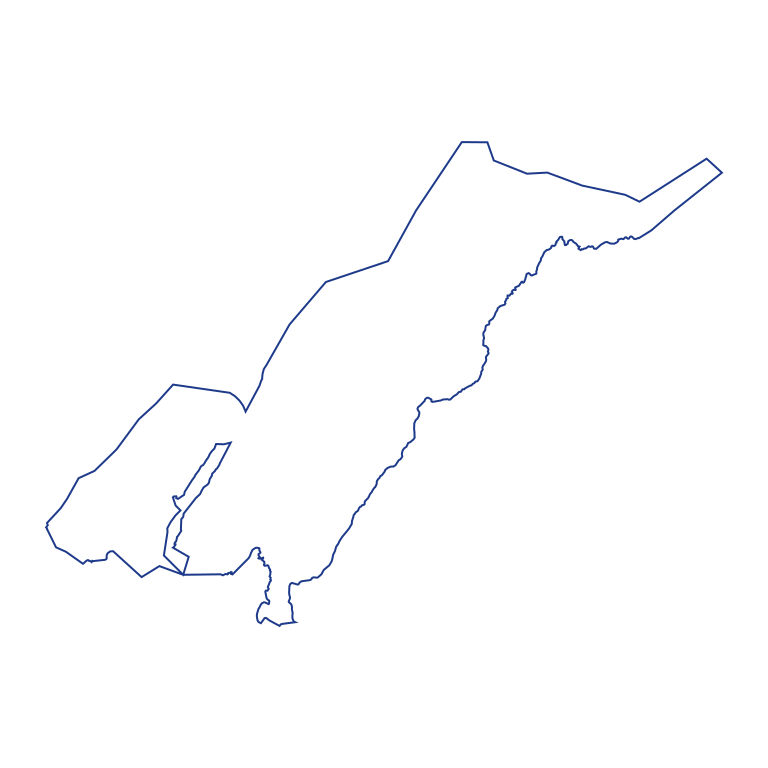 the district of Bláskógabyggð, Suðurland, Iceland
{"feature_id": "244011B85102906551816", "entity_name": "Bláskógabyggð", "entity_type": "district", "adm_level": 2, "iso_a3": "ISL", "parent_name": "Iceland", "parent_adm1": "Suðurland", "projection": "albers", "projection_center": [-20.271, 64.468], "detail": "fine", "context": "isolated", "style": "outline", "palette": "blue", "viewbox_px": 768, "rotation_deg": 0, "n_neighbors": 0, "source": "geoboundaries", "source_scale": "gbopen_adm2", "svg_char_len": 6105}
<svg xmlns="http://www.w3.org/2000/svg" viewBox="0 0 768 768"><path d="M47.5,530.0L56.0,547.3L66.0,551.8L83.0,563.8L86.5,560.7L87.8,560.1L88.4,560.2L89.0,560.9L90.0,560.9L91.6,562.1L92.3,560.8L93.1,561.1L105.1,559.8L106.4,559.0L106.7,558.3L106.6,556.1L106.8,555.0L107.7,553.2L110.2,551.4L113.1,551.2L141.6,577.1L159.4,566.1L183.2,574.8L220.6,574.3L222.9,575.3L225.6,573.9L227.3,574.4L228.0,574.0L228.1,573.3L228.3,573.0L230.6,572.7L231.0,572.0L231.5,572.2L231.3,572.9L231.7,573.1L231.3,574.0L232.5,574.4L248.8,558.0L250.0,555.8L251.0,553.0L252.5,549.9L255.3,548.0L256.5,547.7L259.0,548.1L259.4,548.5L259.3,549.1L259.4,550.5L260.4,552.2L260.3,552.9L258.5,554.2L258.5,555.2L259.8,557.2L258.5,558.2L259.0,558.6L260.2,558.7L263.1,557.7L263.2,558.2L262.0,559.9L264.3,561.8L264.4,563.6L264.0,564.4L264.1,565.3L264.8,565.8L267.5,565.3L268.3,565.7L269.2,568.4L270.1,569.6L269.9,570.7L270.7,571.7L270.4,572.5L270.3,574.4L269.6,576.5L270.7,577.7L270.3,579.4L271.0,580.2L270.6,581.1L269.6,582.3L269.2,583.8L267.9,586.8L267.9,587.4L268.7,588.9L267.5,590.7L265.8,590.7L265.3,591.8L266.6,598.1L267.4,599.4L269.1,600.6L269.3,601.1L269.0,603.7L268.5,604.1L265.3,602.5L263.9,602.3L261.9,603.3L260.6,605.0L259.4,607.6L258.5,608.8L257.0,613.9L256.8,616.0L257.5,620.2L258.5,622.0L260.9,623.2L264.6,618.1L266.1,617.9L269.5,620.5L279.5,625.9L280.9,624.3L282.3,623.9L295.2,622.2L293.8,621.5L292.6,618.9L292.4,617.8L292.4,615.1L292.7,613.1L291.9,609.3L292.0,606.9L291.5,604.9L290.9,603.9L289.0,602.3L288.7,601.5L290.0,598.3L290.0,597.3L289.3,594.7L289.1,592.7L289.4,586.2L290.2,584.1L291.8,582.9L297.9,584.6L298.6,584.2L299.6,582.5L301.5,581.3L310.0,580.1L311.3,579.3L312.2,577.9L313.6,577.3L316.7,577.7L317.9,577.4L321.5,574.2L323.7,570.0L329.3,565.3L331.5,561.6L332.2,559.5L333.2,554.7L335.0,551.0L336.0,547.2L337.1,545.2L337.8,544.6L339.6,540.9L342.1,537.0L349.0,528.6L351.8,523.8L352.0,520.9L353.2,517.4L353.5,515.9L353.8,514.9L355.1,513.5L355.5,512.5L358.0,510.7L358.9,508.4L360.1,506.8L360.9,506.6L362.2,505.2L363.9,504.8L364.6,504.1L364.7,501.9L365.0,501.2L368.3,497.8L370.1,494.0L371.7,492.1L373.0,489.6L374.7,487.4L375.2,487.2L376.7,484.0L376.7,482.4L377.0,480.9L378.3,478.9L379.4,478.1L380.0,476.5L382.2,474.9L384.7,471.5L385.2,470.0L387.6,467.9L390.9,466.6L393.6,466.5L395.6,465.1L398.6,460.4L400.5,459.2L402.0,457.1L402.3,456.4L401.9,454.6L402.0,453.0L402.6,450.6L403.2,449.6L404.3,448.2L406.4,446.8L408.2,443.0L410.3,442.1L413.4,439.5L414.4,438.2L414.7,437.1L414.5,436.1L414.5,432.3L414.1,429.3L414.3,423.3L415.5,420.6L416.4,419.4L417.3,418.8L418.8,416.1L419.3,413.7L419.3,412.3L417.7,409.6L417.5,408.6L418.2,407.0L419.9,405.8L424.6,400.9L425.1,399.3L426.7,397.9L428.1,397.7L431.3,399.4L431.5,400.0L431.4,401.4L432.7,401.9L440.7,400.5L443.0,399.5L447.7,399.2L448.9,399.7L450.3,399.5L453.6,396.3L456.9,394.3L458.8,392.1L460.9,391.7L462.4,389.4L464.4,389.2L464.7,388.6L467.0,387.3L470.2,385.6L471.4,385.4L472.8,383.8L474.3,383.2L475.3,381.7L477.5,381.2L479.4,378.4L481.2,373.6L481.3,371.7L482.7,369.7L482.4,367.3L483.2,365.4L484.2,364.2L486.1,360.9L486.2,359.4L485.9,357.2L486.0,356.8L488.5,353.6L488.5,352.8L487.9,351.6L488.3,350.2L488.3,349.3L488.2,348.6L485.9,346.0L484.3,345.8L483.2,345.0L483.4,343.1L483.4,340.3L484.1,338.1L483.3,334.8L483.3,334.0L483.7,332.2L485.1,330.4L485.8,326.0L487.1,325.0L488.9,324.5L489.3,323.5L489.2,321.6L489.4,321.1L492.8,318.6L494.5,315.8L495.7,312.5L497.2,310.4L497.7,308.3L500.4,306.0L504.6,304.7L505.4,303.6L505.0,301.9L506.2,299.9L506.3,299.0L507.8,298.1L507.5,296.7L507.6,295.5L509.6,295.6L510.8,293.8L512.4,293.8L512.7,293.2L511.9,291.7L512.4,290.6L513.7,289.8L515.5,290.0L515.7,289.6L515.1,287.9L515.3,287.4L518.9,285.8L521.5,281.9L522.0,281.7L523.1,282.7L524.0,282.2L525.3,279.2L525.7,277.3L526.1,276.6L526.4,274.5L526.8,273.9L528.6,273.1L529.9,273.9L530.8,275.2L531.8,275.5L536.2,273.7L536.4,273.1L536.3,271.5L537.0,269.4L537.2,267.4L539.3,262.9L540.5,261.1L540.9,260.0L541.0,258.4L542.3,256.6L544.3,252.2L546.8,250.0L548.6,249.7L550.4,248.5L551.3,247.6L551.3,246.7L551.7,246.0L552.5,245.6L553.9,246.1L555.3,245.2L555.8,243.2L556.6,242.5L556.4,241.6L558.1,240.0L559.8,237.1L560.6,236.8L562.0,236.8L562.3,237.2L562.4,239.1L564.3,241.3L564.3,242.2L564.6,242.9L564.7,244.5L564.9,245.0L566.0,245.1L567.7,243.7L568.3,241.2L570.0,240.1L571.7,240.0L572.3,240.4L573.4,241.9L576.3,243.8L578.0,246.2L579.5,246.6L578.5,248.2L578.5,248.7L580.7,250.1L581.7,249.2L582.8,249.4L584.1,248.5L585.8,248.4L588.6,246.3L590.6,246.9L592.2,246.3L593.1,246.8L594.0,248.6L596.3,248.8L600.9,244.7L605.0,242.3L607.1,242.0L610.3,243.5L614.2,243.7L617.2,242.2L618.3,240.7L618.2,239.7L618.4,239.5L621.4,238.7L623.5,239.1L625.1,237.5L626.0,237.2L628.0,238.8L628.9,238.6L630.3,236.6L630.9,236.4L632.2,236.9L634.1,238.9L635.6,239.1L638.2,238.0L638.8,238.2L651.3,230.4L674.2,210.6L721.9,172.7L706.6,158.7L639.5,201.7L625.2,194.8L582.2,185.6L547.3,172.6L527.0,173.7L493.8,160.5L487.4,142.3L461.8,142.1L416.1,210.4L388.1,261.1L325.9,282.0L289.6,324.4L266.5,365.0L263.8,369.1L262.5,374.2L262.1,379.1L261.2,380.7L259.4,385.9L245.6,411.6L243.1,405.7L239.5,400.6L235.0,396.2L229.8,392.8L173.1,384.6L156.1,403.5L138.8,419.3L116.7,449.2L112.5,453.4L94.5,470.9L78.6,478.2L67.1,498.8L60.7,508.2L47.0,523.0L47.8,525.2L46.1,527.4L46.9,528.3L47.2,529.0L47.1,529.6L47.5,530.0ZM183.2,574.8L163.9,555.5L167.5,532.0L167.3,528.3L170.6,522.1L175.5,515.4L180.5,510.4L175.6,505.5L172.9,497.3L173.6,496.5L176.3,496.3L176.5,496.7L176.3,498.2L178.0,498.9L184.1,494.8L184.7,491.8L192.3,479.8L194.3,477.2L195.5,474.8L199.0,470.2L200.5,467.2L201.5,465.9L203.2,465.0L204.3,463.5L205.8,460.8L208.3,457.3L209.8,454.0L212.0,451.0L214.4,448.6L216.1,444.0L223.7,444.3L230.7,442.6L220.0,463.1L219.2,465.1L217.0,468.5L215.8,469.4L214.9,471.1L212.2,473.6L211.9,475.6L209.7,479.2L209.0,482.4L208.7,483.2L207.4,484.7L203.6,487.4L201.6,490.8L200.1,494.1L195.9,498.0L183.7,513.6L183.2,516.9L181.3,519.2L180.9,529.0L181.2,530.9L177.8,536.2L176.9,537.1L176.9,538.1L176.1,541.4L175.2,542.1L174.5,543.6L174.6,544.2L175.5,544.4L175.3,545.2L174.7,545.6L174.2,546.8L173.0,547.7L188.7,556.8L183.2,574.8Z" fill="none" stroke="#1e3a8a" stroke-width="2"/></svg>